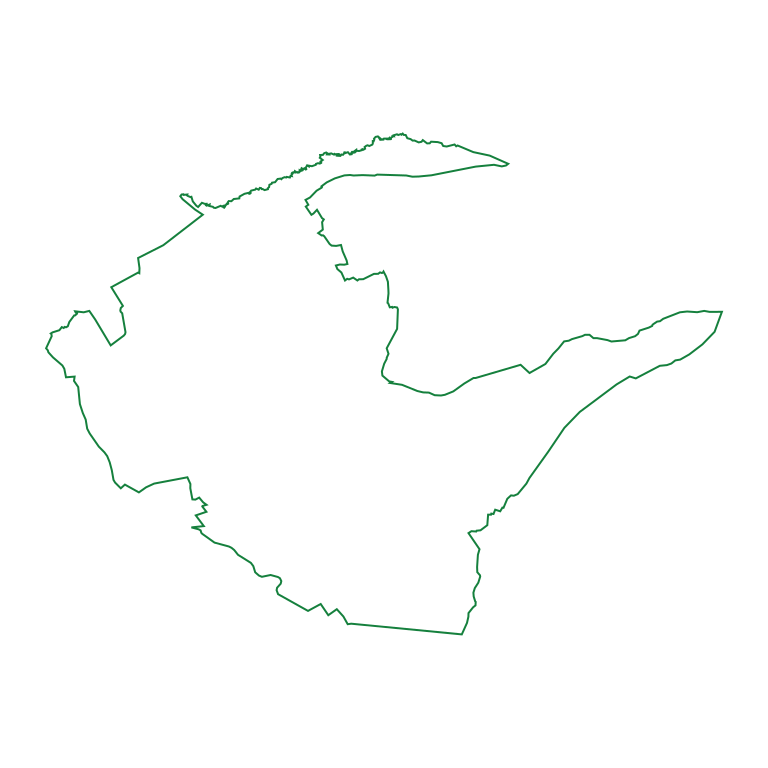 Draganesti, Bihor, Romania
{"feature_id": "2599482B33118901585448", "entity_name": "Draganesti", "entity_type": "district", "adm_level": 2, "iso_a3": "ROU", "parent_name": "Romania", "parent_adm1": "Bihor", "projection": "equal_earth", "projection_center": [22.416, 46.641], "detail": "fine", "context": "isolated", "style": "outline", "palette": "green", "viewbox_px": 768, "rotation_deg": 0, "n_neighbors": 0, "source": "geoboundaries", "source_scale": "gbopen_adm2", "svg_char_len": 6090}
<svg xmlns="http://www.w3.org/2000/svg" viewBox="0 0 768 768"><path d="M461.8,634.4L467.0,622.9L468.4,616.7L468.5,613.1L473.1,607.3L475.5,605.4L475.7,601.9L475.2,601.4L473.7,596.5L473.4,592.7L474.8,588.1L478.3,582.7L480.2,576.6L480.0,575.3L477.3,572.2L477.1,567.0L477.9,554.8L479.5,549.2L468.5,533.1L471.4,531.2L476.2,531.5L476.6,530.7L480.5,530.3L487.3,525.2L488.1,514.7L491.0,514.7L491.3,513.6L493.5,514.0L495.2,509.7L500.2,511.3L502.4,507.6L503.5,507.8L507.3,498.8L511.0,495.4L513.9,495.7L517.7,494.1L526.4,483.6L529.5,477.9L548.3,451.6L564.4,427.8L579.8,411.9L616.6,384.4L629.7,376.5L635.8,378.4L659.8,365.8L666.9,365.1L671.4,363.5L675.3,360.4L680.2,359.6L689.3,354.4L702.4,344.4L714.6,331.8L721.9,311.8L709.7,311.9L704.2,310.9L697.2,312.2L687.1,311.5L679.9,312.3L663.2,318.8L660.0,321.2L657.1,321.6L652.6,324.6L652.2,325.9L648.8,327.6L639.5,330.6L638.0,333.9L635.1,336.2L629.0,338.1L625.3,340.3L611.4,341.5L607.5,340.1L596.9,338.1L593.4,338.1L589.5,334.8L585.0,334.8L582.4,336.1L572.0,339.1L568.8,340.7L564.1,341.4L558.4,348.5L553.3,353.7L545.4,364.0L529.5,373.0L520.6,364.8L475.6,378.0L473.5,378.0L464.3,383.5L453.3,391.4L444.9,394.8L441.0,395.5L434.7,395.2L428.9,392.6L423.2,392.4L417.3,391.0L402.0,384.8L390.2,383.0L391.9,381.9L389.2,381.4L382.4,375.6L381.9,371.4L384.2,363.7L386.7,358.9L386.7,357.8L388.5,353.8L386.7,348.3L397.1,328.9L397.9,309.3L397.1,307.5L394.4,307.0L392.5,307.7L392.1,306.9L389.8,307.3L388.2,303.3L387.5,302.8L388.5,293.5L388.4,290.3L387.9,281.8L386.0,276.3L383.5,271.5L382.8,272.7L381.9,273.0L380.0,272.4L378.2,273.8L373.9,273.9L363.2,279.2L358.9,279.3L357.4,280.5L353.2,277.6L349.0,279.4L347.2,278.8L345.0,280.5L341.4,272.5L337.4,269.1L335.9,265.5L339.9,264.5L344.2,264.7L347.4,264.0L346.6,260.4L342.7,251.4L341.0,245.0L336.2,245.9L331.6,245.6L329.6,244.0L324.2,236.2L323.0,235.3L321.7,235.5L318.2,233.1L322.8,229.6L322.1,222.2L323.8,219.4L322.0,218.1L317.0,209.8L313.4,213.6L311.4,214.8L305.8,206.6L308.3,204.8L305.5,199.9L310.0,197.5L316.6,190.7L321.7,187.6L322.0,187.0L321.5,186.3L326.7,182.4L334.8,178.4L344.4,175.4L350.1,175.0L353.5,175.5L362.6,175.1L374.6,175.6L377.2,174.6L406.3,175.5L412.4,176.7L418.8,176.5L431.4,175.3L475.7,166.6L494.0,164.8L501.8,166.4L506.0,165.5L508.2,163.8L489.7,155.6L473.3,152.1L457.6,145.5L456.2,146.3L454.6,144.5L446.7,146.5L443.2,146.0L441.6,143.2L437.8,142.1L431.1,141.7L429.7,143.3L427.1,143.4L422.8,140.1L421.5,141.8L418.7,142.4L414.5,140.5L412.6,140.6L410.6,139.1L407.3,138.2L405.7,135.0L403.7,134.9L402.7,133.6L401.5,134.7L400.8,134.1L398.2,135.0L397.0,134.3L393.6,135.3L394.0,136.3L392.4,136.2L392.4,136.9L391.1,137.6L390.9,139.1L390.2,139.2L389.2,139.2L389.1,138.2L387.9,139.3L387.2,139.2L387.5,138.6L383.9,138.6L383.3,138.9L383.3,139.6L380.2,139.8L379.4,138.5L380.5,138.6L377.9,136.4L375.6,136.9L374.0,138.7L374.3,139.6L373.6,141.3L372.8,141.1L372.8,143.6L372.3,144.6L369.3,146.0L367.6,145.3L366.4,145.7L364.6,147.0L365.1,148.7L363.5,149.7L362.7,149.1L361.7,149.5L361.8,150.2L359.1,151.0L356.4,150.8L356.3,149.8L354.7,151.0L355.8,151.6L354.8,152.5L352.7,152.8L352.7,151.9L352.0,151.9L351.2,153.1L351.8,153.2L351.7,154.2L349.9,154.5L347.9,152.2L345.3,153.1L345.5,152.5L344.9,152.3L344.3,152.4L344.1,153.4L343.0,154.8L341.5,154.5L340.4,155.9L338.7,155.8L339.4,155.4L339.3,154.3L338.8,154.0L337.2,154.1L337.6,154.8L337.3,155.4L334.5,153.9L334.0,154.6L331.2,153.4L329.2,153.8L329.4,154.5L326.9,154.4L327.4,153.3L326.2,152.5L324.2,153.2L322.9,154.9L320.1,155.0L320.4,156.8L319.8,157.8L322.7,160.0L320.4,161.6L320.4,162.1L321.2,161.9L321.2,162.9L319.8,163.6L318.0,163.2L316.0,163.9L315.8,164.8L311.9,166.2L308.5,165.6L308.6,166.3L307.1,165.4L305.7,167.8L306.3,169.1L305.8,169.5L304.3,168.3L303.5,169.3L301.6,168.2L301.2,169.2L302.5,169.6L302.4,170.4L300.6,171.0L299.6,170.3L299.5,172.0L298.8,172.6L297.8,172.1L297.2,172.6L295.0,171.2L294.9,172.5L293.4,172.2L292.1,172.8L291.8,173.3L292.5,173.8L291.4,175.1L291.8,176.1L290.5,175.9L289.9,177.5L286.7,176.9L286.2,177.5L284.5,177.2L282.4,178.1L281.4,179.2L280.6,178.6L277.6,179.0L275.1,182.2L272.0,182.7L271.6,183.8L269.4,184.8L269.1,187.1L267.8,188.3L267.9,189.2L264.6,190.1L262.6,189.0L261.7,189.1L261.1,188.1L259.8,187.9L258.7,189.7L256.1,188.5L255.3,189.6L251.2,190.6L250.2,191.8L250.7,192.9L249.9,193.7L249.2,193.8L248.7,192.8L244.5,193.8L239.6,196.5L239.3,198.4L233.8,199.0L231.4,201.2L228.7,201.1L227.8,202.3L228.2,203.6L227.6,204.1L226.7,203.8L225.8,205.2L224.2,205.6L225.0,206.6L224.2,207.7L223.2,207.2L222.9,206.2L221.6,206.4L220.7,205.8L215.5,208.0L213.7,207.7L212.9,206.8L209.3,206.0L209.6,204.5L206.7,205.7L205.8,205.1L205.7,204.1L206.7,204.2L206.7,203.8L204.9,203.9L201.9,202.8L198.1,207.0L196.4,205.8L192.8,201.4L191.4,196.8L190.5,197.1L187.7,195.9L187.0,195.4L187.3,194.5L183.6,194.9L183.4,194.3L181.6,194.5L180.3,196.2L182.6,199.2L195.1,209.6L202.8,214.7L163.3,245.2L138.1,258.0L139.5,268.1L139.3,273.2L138.1,272.6L111.3,287.2L122.9,305.9L120.8,308.0L120.3,310.3L120.6,311.6L122.2,313.3L125.5,332.2L125.1,334.0L123.8,335.6L110.7,345.4L95.2,319.5L89.3,310.9L83.7,312.3L75.1,311.3L75.7,312.5L77.1,313.2L76.9,313.8L75.1,315.4L74.2,315.4L73.3,316.6L69.3,322.0L67.8,326.3L66.0,327.3L64.7,326.9L63.7,328.0L61.8,327.1L59.4,330.2L52.5,332.4L50.8,333.5L51.4,334.0L51.7,336.2L46.1,348.3L47.8,350.3L48.4,352.3L53.0,357.4L62.4,365.5L64.3,368.8L66.0,377.3L74.6,376.6L74.0,380.9L78.2,387.0L79.9,404.1L82.8,413.0L85.7,419.6L87.2,428.7L89.7,433.5L98.8,446.6L104.4,452.3L107.2,456.1L109.7,462.3L111.8,470.2L113.5,479.9L115.1,482.6L120.8,488.3L124.9,484.6L138.9,492.4L146.1,487.3L154.1,483.6L187.4,477.3L190.4,484.0L190.3,488.2L192.4,499.4L195.4,499.6L199.2,497.6L203.1,502.3L206.5,504.8L202.5,506.0L202.3,506.5L206.4,511.8L195.8,515.4L203.8,526.1L191.4,527.4L198.6,529.3L200.6,530.4L201.3,532.8L202.2,533.8L214.5,542.6L228.9,546.5L231.5,547.8L234.2,550.0L238.0,554.8L250.9,562.9L253.3,566.1L255.2,572.3L259.0,575.6L261.9,576.8L270.6,575.0L277.9,577.0L279.9,578.2L281.3,581.1L280.7,583.7L277.1,587.7L276.6,590.2L278.1,594.2L308.0,610.9L320.7,604.0L328.3,615.2L336.8,609.2L343.4,616.5L347.7,624.2L351.2,623.7L461.8,634.4Z" fill="none" stroke="#15803d" stroke-width="2"/></svg>